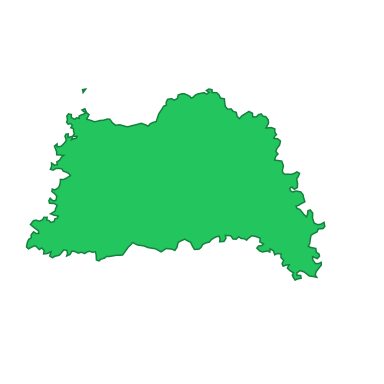 the district of Cantagalo, Paraná, Brazil, rotated 287°
{"feature_id": "56859067B14365297137132", "entity_name": "Cantagalo", "entity_type": "district", "adm_level": 2, "iso_a3": "BRA", "parent_name": "Brazil", "parent_adm1": "Paraná", "projection": "mercator", "projection_center": [-52.14, -25.306], "detail": "fine", "context": "isolated", "style": "filled", "palette": "green", "viewbox_px": 384, "rotation_deg": 287, "n_neighbors": 0, "source": "geoboundaries", "source_scale": "gbopen_adm2", "svg_char_len": 4775}
<svg xmlns="http://www.w3.org/2000/svg" viewBox="0 0 384 384"><g transform="rotate(287 192 192)"><path d="M285.6,240.5L285.3,237.4L286.9,235.6L285.7,233.3L282.5,231.4L281.7,228.0L285.0,226.8L285.7,222.9L279.5,217.5L276.0,215.9L277.5,213.0L281.1,211.1L281.1,207.8L282.9,205.2L281.6,201.9L283.5,198.9L286.4,197.4L290.6,195.7L290.1,191.9L293.0,189.1L294.2,186.5L293.0,182.2L295.7,181.2L295.4,178.0L293.2,176.1L292.2,179.3L289.8,177.2L290.6,174.6L289.1,171.8L287.6,169.0L285.6,166.8L283.1,165.5L281.6,163.8L282.9,161.8L283.4,158.6L283.7,156.0L283.0,153.7L280.9,150.5L277.2,150.7L274.7,148.2L275.3,145.1L273.4,141.5L270.0,141.1L267.5,142.1L265.8,139.8L262.4,139.0L257.2,137.4L253.7,137.3L248.8,137.2L247.4,134.7L245.0,132.1L242.1,130.8L242.6,128.5L242.9,123.4L241.1,120.6L239.3,117.8L238.0,115.3L236.6,113.4L235.3,110.4L235.2,103.4L233.5,99.4L234.9,95.7L237.6,92.0L236.9,89.5L234.8,86.5L233.5,83.1L231.9,80.6L230.6,78.0L230.9,74.9L230.8,70.0L235.9,70.9L237.1,67.9L234.7,65.5L233.3,63.5L231.6,61.8L229.4,62.6L229.3,60.0L227.2,58.6L227.9,54.9L230.8,54.0L230.6,51.0L227.9,50.1L224.6,51.8L222.0,51.7L220.6,53.8L222.0,55.7L220.7,58.1L218.0,57.3L218.1,60.0L215.8,60.8L213.5,62.4L210.4,61.6L207.9,57.5L211.4,56.7L210.4,54.5L208.2,54.2L206.4,55.5L204.5,56.7L201.6,55.7L197.4,53.5L195.8,49.8L198.5,48.9L195.6,47.0L192.8,49.3L191.0,50.7L188.0,51.7L188.8,54.9L189.5,58.6L187.3,57.0L183.7,56.1L181.2,53.9L178.8,55.3L177.5,52.9L178.6,49.2L175.4,50.3L172.3,49.9L172.3,52.8L174.7,55.0L175.7,58.0L176.1,60.7L174.3,62.8L174.2,66.1L173.6,68.8L172.1,71.0L168.9,68.2L166.5,65.7L165.5,62.4L162.9,63.2L160.2,63.4L157.3,63.2L153.9,60.3L154.0,57.5L151.5,57.9L150.2,61.2L148.8,63.6L146.4,64.2L144.1,64.2L142.9,61.6L144.6,58.2L141.8,57.7L139.6,59.0L140.7,63.7L139.8,67.0L136.1,66.4L133.8,66.7L129.8,63.1L129.5,66.2L129.8,71.2L127.4,70.7L126.2,68.7L123.5,68.8L121.6,66.0L122.8,63.8L122.8,61.2L125.4,60.9L124.5,57.8L121.7,57.2L119.4,54.4L119.5,51.2L118.4,48.9L115.8,47.8L113.6,47.0L112.2,50.4L111.0,53.5L110.1,56.4L107.6,57.5L106.7,55.3L107.6,52.1L103.9,50.7L101.2,51.7L98.9,49.7L95.4,49.3L91.0,49.8L89.8,52.3L91.5,53.9L94.8,57.4L93.9,60.0L92.3,62.8L94.5,64.6L92.9,67.7L89.4,68.2L90.9,71.7L93.7,74.6L89.2,74.7L88.3,77.7L90.4,79.7L92.7,83.5L95.1,84.7L99.2,86.3L99.5,89.4L96.9,90.9L94.2,90.9L96.6,93.6L100.3,94.4L100.8,97.2L100.3,101.2L102.0,103.7L101.8,107.5L103.9,109.0L105.4,111.4L105.2,114.3L106.6,117.0L104.0,118.7L99.1,120.4L98.9,123.2L101.2,124.6L103.1,127.6L105.3,129.0L106.0,131.4L107.9,135.3L109.3,137.9L110.4,141.5L111.5,144.1L115.7,145.5L120.9,147.3L123.3,148.7L126.3,150.0L125.4,155.4L126.4,161.8L126.0,166.3L126.4,169.0L127.0,173.8L126.5,176.6L125.7,179.9L130.4,183.8L131.5,189.6L131.1,192.7L134.5,193.8L137.0,193.6L139.8,193.6L142.2,195.9L144.8,198.9L144.1,201.4L143.5,205.3L140.4,208.2L137.8,211.1L138.6,213.6L139.7,215.7L141.8,216.9L145.0,217.6L147.3,220.1L149.2,223.3L152.1,224.4L154.7,226.7L156.4,228.5L157.6,230.7L155.6,232.5L152.5,233.0L154.1,237.1L157.7,238.0L160.2,236.6L161.5,241.8L159.0,245.0L159.8,248.1L162.9,249.9L161.9,252.3L162.6,255.9L161.9,258.3L164.2,259.4L167.6,261.8L168.1,266.0L167.8,270.7L164.1,271.5L163.2,275.6L161.1,274.3L159.8,271.4L157.3,270.4L155.5,273.8L155.2,276.8L156.4,279.1L157.7,281.3L157.3,284.0L160.5,283.3L159.4,287.3L156.1,289.4L158.1,291.7L158.8,295.2L155.2,296.3L153.6,299.6L149.7,299.1L147.7,300.8L149.8,303.7L150.8,306.2L147.1,305.4L145.4,308.7L144.4,312.7L141.7,312.3L140.1,313.8L137.9,316.3L139.8,318.5L141.4,321.6L144.0,320.3L143.0,316.8L145.2,315.9L148.4,318.3L148.3,322.5L147.3,325.4L146.0,328.5L146.6,332.7L146.9,336.2L148.7,334.1L152.1,334.0L159.9,337.0L162.5,336.1L160.7,334.2L159.6,331.0L162.6,327.2L165.4,326.2L164.9,331.3L168.0,332.7L170.0,331.4L170.6,328.6L174.2,326.9L173.7,322.0L174.0,319.1L177.0,319.6L179.3,319.3L182.4,318.8L185.5,318.5L188.0,320.7L190.4,323.3L193.7,323.6L195.2,327.9L197.8,329.1L201.6,327.2L198.8,324.6L197.5,321.7L198.0,317.9L202.4,314.8L207.1,313.6L209.4,310.4L208.1,308.4L204.1,309.0L201.7,308.7L203.3,305.4L204.8,303.3L206.9,300.2L206.9,297.4L208.9,295.6L210.6,298.0L213.0,300.0L215.6,302.8L219.2,300.4L221.9,298.9L223.9,296.0L223.4,291.2L221.4,288.2L222.1,285.5L224.1,284.5L225.9,286.1L224.5,289.1L227.1,291.4L230.9,290.5L235.3,288.2L237.5,289.0L241.3,289.4L241.9,286.4L239.7,284.4L237.9,281.8L237.1,278.5L236.1,275.5L237.1,273.0L239.4,272.1L243.7,271.8L247.8,268.8L246.7,261.6L250.6,261.7L253.5,263.1L255.2,260.4L258.2,260.4L262.4,262.0L266.6,261.7L268.0,258.3L267.2,254.7L269.4,254.7L271.6,256.0L273.3,253.8L276.6,252.7L276.8,249.0L274.8,244.1L280.3,245.1L283.4,243.7L285.6,240.5ZM210.4,61.6L211.5,65.9L209.3,65.4L208.4,63.2L206.7,61.5L210.4,61.6ZM237.1,67.9L240.3,65.2L238.3,62.8L237.2,64.9L237.1,67.9ZM257.9,57.4L255.3,58.8L259.3,60.2L257.9,57.4Z" fill="#22c55e" stroke="#15803d" stroke-width="1.5"/></g></svg>